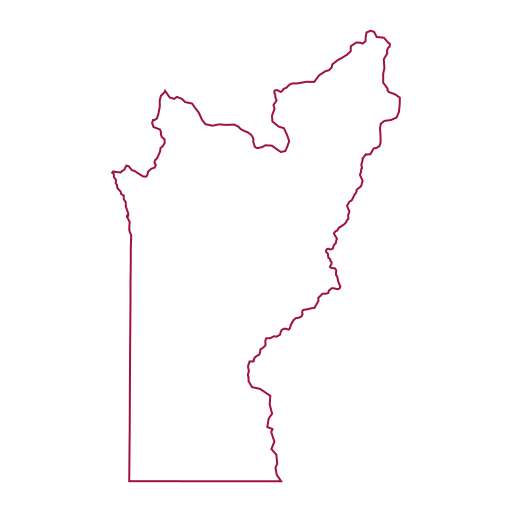 Trinity, California, United States of America (orthographic projection)
{"feature_id": "52423323B42866910888908", "entity_name": "Trinity", "entity_type": "district", "adm_level": 2, "iso_a3": "USA", "parent_name": "United States of America", "parent_adm1": "California", "projection": "orthographic", "projection_center": [-122.97, 40.671], "detail": "fine", "context": "isolated", "style": "outline", "palette": "rose", "viewbox_px": 512, "rotation_deg": 0, "n_neighbors": 0, "source": "geoboundaries", "source_scale": "gbopen_adm2", "svg_char_len": 4519}
<svg xmlns="http://www.w3.org/2000/svg" viewBox="0 0 512 512"><path d="M248.5,381.0L248.7,380.6L248.6,379.5L248.4,378.0L248.6,377.3L248.5,376.9L248.4,376.5L248.0,376.0L247.9,374.8L248.9,370.9L248.1,367.4L248.2,365.3L249.0,363.5L249.5,361.5L251.5,361.4L252.5,361.6L253.8,361.0L253.7,360.0L254.7,357.5L256.7,356.0L259.2,354.7L260.2,351.7L260.4,349.4L263.4,347.5L265.5,345.2L265.3,341.1L266.1,338.4L268.2,338.2L270.3,338.2L273.8,336.3L276.8,336.6L280.1,334.6L280.7,331.9L281.8,329.8L284.7,328.6L287.4,329.2L288.4,329.7L289.3,329.0L289.9,328.3L290.8,324.8L292.0,323.1L292.0,322.5L292.4,321.9L292.8,321.6L293.4,320.3L295.7,318.2L298.8,317.7L301.4,316.5L302.6,314.4L302.1,312.5L302.7,310.3L304.1,309.7L305.8,309.6L307.4,309.3L310.9,308.4L314.6,307.8L315.8,305.3L318.4,301.1L318.3,297.8L320.5,295.8L322.1,294.0L323.7,293.6L325.7,293.8L328.3,293.0L328.8,290.7L331.8,288.2L334.4,288.4L337.7,289.2L339.5,288.5L340.4,286.5L339.6,285.0L338.7,282.5L338.2,281.6L338.0,280.2L337.5,278.3L337.2,276.3L336.0,275.0L336.0,272.3L336.3,270.4L334.8,268.3L332.6,268.1L331.3,268.0L329.9,266.9L330.4,265.8L331.4,264.3L331.7,262.6L331.2,261.8L330.2,260.4L330.4,259.9L330.0,258.9L329.6,258.6L328.5,258.0L328.3,257.0L328.2,256.2L328.1,255.7L328.0,255.0L327.9,253.6L326.4,252.3L325.9,251.3L326.6,249.5L327.4,248.9L328.6,248.7L329.6,249.3L331.5,249.3L332.8,248.6L333.2,247.1L333.9,245.0L335.7,243.4L336.3,240.4L336.9,238.9L336.3,237.4L334.9,235.4L333.9,233.4L335.3,231.4L336.8,230.8L338.3,229.1L338.3,228.5L339.1,227.4L340.6,226.9L341.5,225.9L342.6,225.4L344.2,224.3L346.5,221.8L346.5,221.1L347.0,220.2L348.3,219.0L348.3,217.2L348.1,214.9L349.1,212.8L349.3,211.0L348.0,208.4L347.0,205.6L347.9,204.3L349.2,201.9L351.9,200.1L353.5,196.8L354.6,194.4L355.8,193.2L356.6,191.2L356.5,190.0L358.1,188.5L360.1,187.1L361.1,186.0L361.5,185.1L361.8,183.4L362.6,180.7L361.7,178.8L359.9,174.8L361.0,172.0L361.2,169.3L362.0,168.1L361.6,165.9L361.3,164.7L362.1,162.2L362.6,160.0L362.5,158.5L363.0,158.1L364.1,156.6L365.3,155.0L365.9,154.2L366.6,154.6L370.4,154.2L371.9,151.4L373.8,148.4L376.5,147.9L379.4,146.1L380.6,142.5L380.5,135.2L380.0,128.3L380.8,123.7L384.5,120.9L391.0,120.0L396.5,117.6L398.9,112.0L399.7,104.5L399.8,97.6L394.5,94.0L388.8,92.1L387.4,90.0L387.6,88.6L383.2,82.7L383.2,73.8L384.4,68.2L383.8,59.2L387.2,53.6L386.9,51.1L388.0,48.0L389.6,46.6L389.9,43.9L388.0,42.5L383.9,37.7L376.7,37.0L374.1,31.9L370.6,30.7L366.5,32.5L365.7,36.7L365.5,41.2L362.7,43.6L359.9,42.7L356.5,42.5L350.8,46.2L350.7,51.2L346.9,54.8L341.4,58.2L338.0,59.9L332.3,64.4L331.7,67.4L328.9,70.3L325.6,71.1L319.1,75.3L314.2,81.9L306.3,81.8L297.5,83.4L293.6,83.4L291.2,83.7L288.4,85.6L286.5,87.7L283.7,88.8L282.6,90.5L280.9,91.9L279.2,91.3L277.6,90.2L275.7,90.2L274.6,90.6L274.2,92.6L275.2,94.5L275.5,97.7L276.6,100.5L274.7,103.2L273.5,105.1L274.5,108.8L272.0,115.7L272.4,121.4L278.7,126.6L283.9,128.2L287.0,134.8L289.2,141.1L287.2,146.8L285.3,151.0L280.9,152.0L277.3,149.6L271.8,145.6L265.3,145.3L262.3,147.1L258.0,148.0L257.0,148.1L254.8,146.8L254.1,144.4L253.2,141.6L253.5,139.6L252.4,136.6L250.7,134.4L247.7,132.3L243.6,130.7L240.6,129.0L238.4,126.7L234.3,124.6L226.4,124.9L219.0,124.4L212.6,125.7L205.4,124.2L201.9,119.6L198.7,112.5L195.3,108.1L192.0,103.5L185.1,102.1L182.0,98.9L176.8,96.9L174.3,98.9L169.7,97.5L166.5,92.9L165.1,90.9L164.7,92.0L160.9,95.8L159.7,100.6L159.8,106.7L158.2,114.7L156.9,118.5L154.2,120.2L153.1,119.9L152.1,123.0L153.5,127.0L160.0,129.5L161.1,132.6L161.0,134.8L161.4,135.9L161.8,137.0L164.6,139.4L164.6,143.1L162.9,146.0L160.5,148.1L160.0,151.7L158.2,155.9L156.6,158.8L155.1,160.1L154.4,162.6L155.8,164.9L154.6,167.7L151.9,168.5L150.5,169.4L148.1,171.7L147.1,175.7L145.7,176.7L143.0,176.4L137.4,172.9L134.3,170.8L132.0,170.3L128.7,166.2L126.4,165.6L125.3,167.7L124.4,169.6L121.5,171.4L120.6,172.5L115.3,171.9L113.4,171.3L112.2,172.7L113.7,173.7L114.0,177.3L115.9,179.7L115.8,183.4L117.0,184.9L117.3,187.9L118.0,188.8L120.6,191.6L121.3,194.1L123.7,195.6L123.8,199.2L125.7,202.1L125.8,206.6L127.3,210.7L128.1,213.1L128.3,215.7L127.1,215.6L126.9,217.1L127.7,217.9L129.7,222.3L129.4,225.1L129.3,228.0L129.3,230.3L130.4,233.4L131.2,235.5L130.8,248.5L130.7,267.3L130.5,281.8L130.5,299.8L130.3,325.4L130.1,352.1L129.9,386.1L129.8,409.8L129.7,430.3L129.5,449.0L129.4,462.6L129.3,473.1L129.2,481.2L281.1,481.3L276.7,474.7L275.5,467.7L277.2,463.8L276.4,454.8L271.4,449.0L274.4,441.7L271.2,432.0L272.5,429.1L267.3,427.0L268.7,418.4L272.1,413.7L269.7,404.5L270.3,395.9L260.1,388.9L252.0,387.1L248.5,381.0Z" fill="none" stroke="#9f1239" stroke-width="2"/></svg>